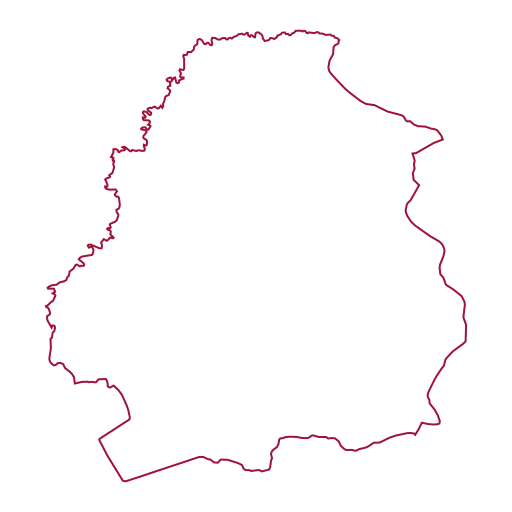 the district of Gemena, Équateur, Democratic Republic of the Congo
{"feature_id": "63176286B43464771754704", "entity_name": "Gemena", "entity_type": "district", "adm_level": 2, "iso_a3": "COD", "parent_name": "Democratic Republic of the Congo", "parent_adm1": "Équateur", "projection": "mercator", "projection_center": [19.592, 3.435], "detail": "fine", "context": "isolated", "style": "outline", "palette": "rose", "viewbox_px": 512, "rotation_deg": 0, "n_neighbors": 0, "source": "geoboundaries", "source_scale": "gbopen_adm2", "svg_char_len": 5908}
<svg xmlns="http://www.w3.org/2000/svg" viewBox="0 0 512 512"><path d="M165.9,96.2L165.1,97.4L164.3,101.2L163.1,103.5L163.2,106.4L162.3,107.8L160.9,105.7L158.9,108.1L157.8,108.6L154.6,106.6L151.6,108.1L149.9,107.7L147.7,108.7L147.5,109.5L147.9,110.3L151.0,112.6L151.3,113.6L150.7,114.8L149.2,114.9L146.8,112.2L143.9,111.3L143.0,112.1L143.1,113.5L145.7,116.7L145.3,117.7L142.8,117.4L142.9,119.1L143.9,120.2L148.9,120.4L150.0,121.5L149.7,122.9L148.1,124.7L150.3,125.6L150.5,126.4L148.4,129.6L147.0,129.4L145.5,127.4L143.4,127.3L141.9,127.9L141.1,128.8L141.3,129.3L145.6,130.4L146.4,131.0L146.6,132.2L143.5,135.9L143.2,137.2L144.0,138.6L146.4,139.8L147.0,141.1L146.7,145.0L145.7,145.6L143.9,144.8L143.8,146.2L144.9,149.1L144.3,150.7L141.9,150.9L138.5,150.2L136.3,151.0L132.1,150.0L131.2,151.3L129.8,151.0L125.5,147.3L123.8,146.7L122.5,147.2L125.0,148.7L125.1,149.5L124.3,150.3L121.4,150.5L119.1,152.2L118.4,151.8L117.8,150.2L116.0,149.1L113.4,149.3L113.4,152.6L111.0,157.1L113.3,157.6L113.5,158.2L112.6,159.6L112.8,160.6L114.0,160.6L114.2,161.2L113.2,163.9L114.2,167.4L112.3,173.1L109.2,175.2L110.0,176.7L109.5,177.4L106.8,178.2L105.2,179.4L106.5,182.1L107.5,185.3L107.2,186.6L105.1,186.5L105.2,187.6L106.5,189.0L109.4,189.6L115.7,189.5L117.0,191.4L114.9,194.0L114.9,195.2L116.5,196.6L118.4,196.8L119.1,198.5L119.8,205.0L119.3,207.6L118.6,208.7L116.4,209.8L116.8,212.5L118.2,214.1L118.3,215.5L116.9,220.1L115.3,221.7L110.3,223.8L109.7,224.7L110.7,227.1L110.3,228.0L107.6,228.2L107.1,228.8L108.0,229.8L109.8,230.2L110.8,231.5L110.4,234.5L113.6,237.6L113.1,238.3L109.9,237.6L108.5,239.5L106.7,240.8L103.8,239.1L101.1,242.6L102.1,245.5L101.6,248.3L99.5,248.3L90.7,244.6L88.8,244.7L87.7,245.5L88.9,247.6L91.8,246.5L93.5,249.8L93.0,253.4L92.0,254.9L81.8,256.6L79.9,257.8L78.8,259.4L83.7,263.4L84.2,264.7L83.8,265.8L80.8,265.8L79.9,266.4L76.9,264.6L75.8,264.8L73.3,268.8L69.7,271.4L68.8,275.7L67.5,277.0L66.2,280.1L64.3,281.2L59.3,282.5L56.7,284.7L51.8,285.3L48.8,286.7L47.6,287.8L48.0,288.6L53.9,288.7L55.1,291.8L52.7,293.3L54.8,294.5L55.4,295.7L53.0,300.8L51.0,302.1L47.9,305.2L45.9,306.1L46.2,307.0L47.9,307.7L48.9,309.2L50.1,312.8L49.7,314.5L47.1,316.1L47.1,319.1L47.9,321.2L51.6,327.6L52.3,325.4L54.4,325.8L55.1,327.7L54.2,331.2L52.6,332.7L52.1,337.4L50.5,339.1L50.9,348.0L49.3,358.7L49.8,361.1L50.8,362.9L53.7,365.3L55.5,365.1L57.8,363.1L60.4,362.9L63.0,364.0L65.2,368.2L70.0,371.9L72.0,374.0L74.1,377.4L74.8,383.5L82.0,381.9L87.8,381.7L88.4,382.2L92.6,381.8L94.5,382.4L96.1,382.2L98.6,379.3L105.7,379.0L106.6,380.1L107.6,383.2L107.7,386.2L109.0,387.4L110.4,387.4L113.7,385.6L118.5,390.2L121.9,394.8L126.7,405.5L128.3,410.1L129.8,417.2L129.5,419.4L103.3,436.4L99.4,439.1L99.3,440.0L107.2,455.3L122.8,480.7L125.5,481.3L128.6,480.4L199.1,457.0L203.1,456.9L208.4,459.3L210.4,459.5L214.0,462.4L217.8,462.7L220.7,459.6L227.6,459.8L237.8,463.0L241.9,465.0L243.6,468.6L245.4,470.0L249.7,470.2L251.1,471.0L259.0,470.0L262.0,471.4L269.1,469.5L270.2,467.4L271.0,460.6L272.0,458.4L271.0,454.0L271.5,452.1L273.0,450.0L276.9,447.1L278.4,444.3L279.2,439.6L280.3,438.4L283.5,438.1L284.8,437.2L290.1,436.7L296.2,436.9L302.1,438.0L307.1,438.1L308.7,437.7L311.9,435.5L313.3,435.4L318.7,437.0L326.0,437.0L328.2,438.5L331.9,438.0L334.8,438.3L338.6,441.2L340.9,445.9L344.5,449.2L346.7,450.1L351.0,449.9L352.8,450.0L354.2,450.7L356.1,450.7L359.5,449.0L364.6,447.9L368.1,446.5L373.9,442.7L379.6,442.6L388.9,438.0L395.5,435.6L407.4,433.1L410.7,433.0L414.4,433.6L415.2,434.8L418.8,429.0L421.8,422.7L428.3,424.1L433.7,424.5L437.1,424.3L439.4,423.5L439.8,421.2L438.0,415.7L434.8,409.9L429.6,403.3L429.4,399.9L427.9,397.2L427.6,394.6L428.9,391.0L435.7,377.4L441.9,368.1L443.9,365.8L445.3,360.0L446.3,358.3L453.0,351.2L463.2,343.7L465.6,341.3L466.1,324.8L463.5,317.7L463.5,316.0L464.9,304.5L464.5,301.8L461.6,296.1L453.5,289.6L445.9,284.7L443.4,277.8L440.3,274.1L439.6,267.7L439.9,264.9L443.3,256.6L444.5,251.3L444.2,248.7L442.4,244.6L439.6,241.7L429.7,235.9L415.1,225.5L411.1,221.7L407.5,216.3L405.9,212.3L405.7,210.3L406.8,204.6L407.6,203.2L410.6,200.2L419.1,185.2L413.6,179.8L412.9,173.2L414.7,168.3L413.9,165.1L414.7,160.5L412.5,153.5L416.1,153.1L433.7,143.0L442.8,139.5L441.1,135.3L437.4,130.5L435.4,129.4L430.8,128.5L425.3,126.6L418.0,126.2L414.2,124.7L410.1,121.2L407.4,121.4L405.9,120.5L403.8,116.7L401.8,115.3L387.4,111.5L374.7,105.2L365.9,103.9L360.6,101.0L349.0,92.1L345.1,88.7L336.3,79.5L330.5,73.0L329.0,70.6L328.4,67.2L329.6,60.6L333.0,54.3L333.6,47.1L335.0,45.2L338.0,43.8L338.6,42.6L338.5,41.2L339.3,40.1L337.4,38.3L334.9,37.6L333.8,35.9L331.8,35.8L330.5,34.6L325.7,34.9L322.2,33.5L319.8,33.6L318.1,32.2L316.6,32.2L314.5,33.1L308.6,32.4L307.8,33.2L306.7,33.0L305.1,30.9L303.4,30.8L302.6,31.5L300.9,30.7L295.6,30.8L294.1,32.8L292.2,33.4L290.7,35.1L289.4,35.3L288.0,33.9L286.0,34.1L284.8,32.5L282.2,32.7L280.6,34.4L277.3,35.8L276.9,37.2L274.1,39.1L273.2,38.4L270.4,38.0L268.7,40.2L264.7,41.0L262.9,38.5L262.4,35.8L261.7,34.7L258.8,32.5L257.0,32.4L255.6,33.3L255.1,37.2L254.1,37.2L252.1,35.3L250.9,35.2L250.3,35.6L250.2,36.7L249.7,36.7L248.2,35.3L247.7,32.9L246.7,32.9L245.2,34.2L243.6,34.7L242.0,33.7L238.6,34.2L236.9,35.8L233.4,37.1L231.9,38.6L230.3,37.8L228.7,38.1L227.5,39.5L226.5,39.4L225.0,38.0L222.3,38.1L220.3,39.5L218.0,39.6L215.2,38.0L212.2,37.8L211.5,40.1L212.3,43.8L211.6,45.3L210.4,45.1L208.3,42.8L207.2,42.8L205.5,44.2L204.2,43.9L201.9,40.1L199.8,39.0L198.3,39.4L197.5,40.3L197.3,43.9L196.6,44.8L195.1,45.5L194.0,47.0L193.8,49.6L190.9,52.2L188.0,51.9L187.4,52.6L187.1,54.5L185.6,55.1L183.7,54.9L183.2,56.0L184.2,59.0L184.1,69.0L183.3,70.0L179.9,69.3L179.4,70.3L181.0,73.3L180.1,76.2L180.4,77.2L183.6,77.5L183.6,78.5L179.1,80.4L178.9,82.5L177.7,83.2L176.4,82.7L175.1,77.5L174.2,77.6L172.0,80.5L171.5,78.1L170.8,77.6L168.7,77.9L166.7,79.4L166.8,80.6L168.2,81.5L170.4,81.7L169.9,83.8L170.4,85.7L168.1,86.7L167.5,88.2L169.9,90.2L170.2,91.4L168.6,95.1L165.9,96.2Z" fill="none" stroke="#9f1239" stroke-width="2"/></svg>